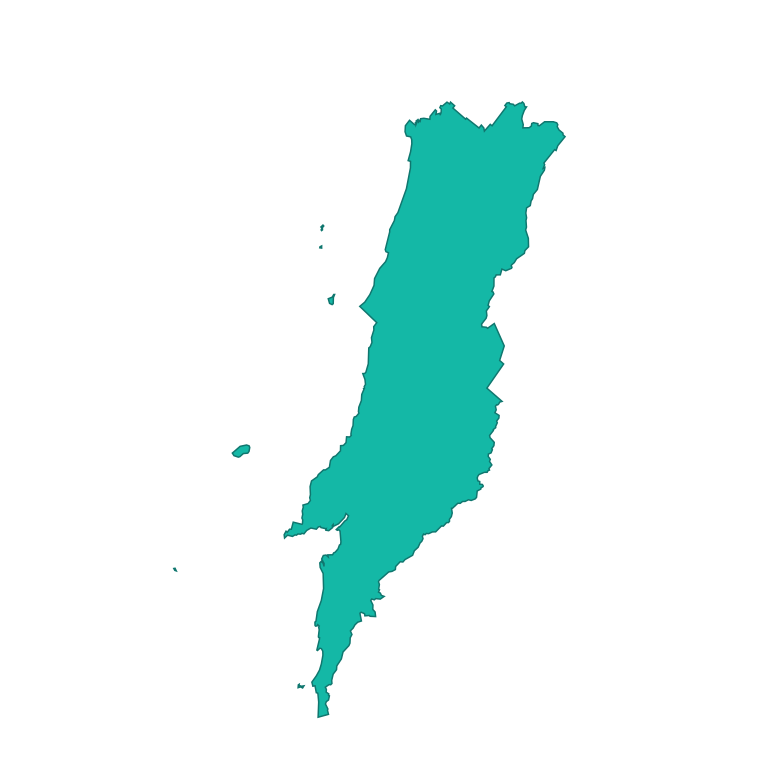 the district of Cairns, Queensland, Australia, rotated 214°
{"feature_id": "25037944B34353436415485", "entity_name": "Cairns", "entity_type": "district", "adm_level": 2, "iso_a3": "AUS", "parent_name": "Australia", "parent_adm1": "Queensland", "projection": "equal_earth", "projection_center": [145.798, -17.106], "detail": "fine", "context": "isolated", "style": "filled", "palette": "teal", "viewbox_px": 768, "rotation_deg": 214, "n_neighbors": 0, "source": "geoboundaries", "source_scale": "gbopen_adm2", "svg_char_len": 6136}
<svg xmlns="http://www.w3.org/2000/svg" viewBox="0 0 768 768"><g transform="rotate(214 384 384)"><path d="M248.4,371.6L249.7,372.6L249.3,377.2L253.2,378.8L253.8,381.0L257.1,382.2L258.3,384.3L256.7,386.8L257.4,390.1L258.5,390.7L258.4,394.3L260.0,397.3L266.1,398.8L267.7,400.4L267.3,406.6L267.9,407.3L267.0,410.3L267.7,411.2L268.4,415.2L269.9,416.2L269.7,420.0L271.0,422.3L276.0,422.2L276.5,425.3L279.2,427.9L279.0,429.9L278.1,430.2L277.8,431.4L277.9,433.8L276.4,435.6L296.4,438.1L296.0,467.5L301.3,468.2L305.6,482.8L326.4,495.8L329.3,488.1L330.8,488.3L334.8,486.2L336.6,488.3L336.1,495.7L337.0,498.3L340.0,501.8L339.9,507.1L341.7,507.4L343.2,511.8L343.3,520.1L345.1,521.3L346.3,521.0L347.6,526.6L352.1,533.4L351.6,535.2L352.0,537.2L348.6,539.5L350.5,545.2L346.4,546.0L343.0,551.2L343.2,552.4L344.6,553.0L344.8,554.3L343.9,557.5L344.1,562.0L340.7,570.8L341.8,573.4L340.9,578.6L345.8,585.5L352.7,590.9L353.6,593.7L357.7,598.9L358.7,601.5L362.0,605.0L364.3,609.8L362.5,613.7L364.4,618.0L364.5,620.7L366.2,624.7L365.6,631.0L370.5,643.6L370.6,650.9L371.7,653.4L372.6,651.8L373.4,655.6L375.0,656.6L373.6,673.7L371.9,673.8L373.2,678.8L372.2,690.3L374.8,690.6L375.9,692.0L381.0,692.5L384.3,694.2L385.0,696.2L386.9,697.1L390.3,696.1L397.5,691.2L399.6,685.0L400.9,684.4L402.0,685.9L406.2,684.2L407.2,682.6L406.1,680.2L407.0,677.6L412.1,674.0L413.6,676.9L418.0,680.7L419.4,683.9L420.7,689.3L420.8,693.4L422.3,692.6L424.9,694.8L427.0,695.2L427.3,693.6L428.6,692.7L431.2,687.7L433.2,688.2L436.4,686.7L437.6,687.3L439.3,685.6L439.5,682.4L437.6,682.2L438.8,658.5L441.1,658.7L442.2,649.8L444.4,652.1L448.1,653.1L448.4,649.4L464.3,650.6L464.4,649.2L481.2,651.3L481.0,654.2L486.5,654.9L486.1,652.9L489.4,652.9L491.0,647.2L492.6,646.5L492.2,644.3L490.3,644.0L488.5,641.1L487.8,638.2L489.0,639.8L491.7,636.5L493.1,639.7L494.8,640.0L495.5,631.7L494.0,629.1L499.5,626.6L502.0,624.4L500.8,621.8L501.8,621.6L501.8,620.4L502.5,620.8L502.0,622.4L503.6,622.1L503.0,620.4L503.7,620.3L504.0,621.3L504.4,620.2L503.8,619.9L504.0,618.3L502.9,618.7L502.5,616.6L503.1,617.3L503.8,616.1L510.3,616.9L510.7,610.1L507.6,604.9L504.0,602.2L500.1,603.8L497.7,602.1L495.3,598.8L491.8,591.3L488.9,582.7L486.5,583.4L482.9,577.9L474.6,558.4L468.3,533.8L468.4,528.9L466.8,525.3L465.6,515.2L464.3,513.2L458.1,496.1L456.4,494.8L453.7,495.3L451.9,490.7L451.1,486.3L452.2,477.5L450.8,466.2L447.4,460.2L445.7,450.2L445.7,441.1L447.5,434.8L424.3,430.8L424.6,425.8L422.6,423.1L420.3,415.4L417.2,411.7L416.3,407.2L416.8,405.4L408.3,391.9L405.6,383.6L405.9,381.9L407.4,380.8L402.3,377.1L399.1,373.3L399.0,370.9L397.8,369.5L398.3,368.8L397.7,368.5L396.6,362.9L393.5,357.6L391.9,350.7L389.7,346.7L388.5,345.8L388.9,341.6L390.2,340.0L389.6,337.5L386.4,332.2L385.5,328.4L383.4,323.9L382.4,323.1L382.8,320.9L385.5,319.3L382.7,314.2L383.3,310.4L385.5,308.6L382.7,304.2L383.8,297.5L385.3,295.3L385.6,290.7L382.7,284.4L384.5,280.0L386.1,279.0L387.8,272.2L387.4,269.7L389.9,263.1L387.9,257.6L383.1,251.1L382.0,248.2L379.9,246.3L380.1,242.4L383.5,238.3L382.0,236.6L380.8,233.0L378.5,230.5L377.1,227.0L375.4,225.9L373.5,222.6L373.5,221.8L382.0,218.7L379.6,211.8L381.1,210.8L381.3,207.0L382.9,207.2L382.5,203.2L380.3,200.7L379.4,204.7L374.6,206.5L373.5,209.0L372.0,209.8L371.5,211.5L369.0,213.0L368.6,214.3L366.6,215.0L366.2,219.4L364.1,223.7L358.9,225.8L358.5,228.8L357.1,230.3L356.0,229.7L351.1,231.6L350.8,230.2L350.7,231.0L350.4,230.3L347.8,231.5L346.3,236.3L347.7,237.6L347.6,239.2L346.3,237.8L343.5,242.7L342.1,251.2L343.1,255.4L339.7,254.9L339.0,250.7L339.9,248.4L340.8,240.5L341.4,240.6L342.2,236.6L340.9,236.6L340.1,237.8L338.2,237.5L331.4,229.0L330.3,226.7L330.9,225.6L329.9,221.6L330.4,217.3L331.3,215.8L331.1,213.7L335.0,210.9L333.5,209.4L336.4,209.8L338.4,207.9L337.8,204.0L333.3,201.7L331.7,199.2L334.3,201.5L336.7,201.5L336.7,203.0L337.2,199.8L334.3,196.2L328.5,192.9L319.7,180.6L314.9,169.4L312.0,158.0L307.8,149.4L308.1,148.0L306.3,145.4L305.4,145.0L304.2,146.0L304.4,147.4L302.3,147.1L302.2,145.9L300.3,144.0L297.2,138.0L296.5,137.3L295.6,137.7L294.8,136.3L290.9,125.9L290.1,125.9L289.4,129.1L287.9,129.6L285.3,128.2L283.0,125.0L279.4,116.9L277.5,110.8L276.9,104.3L277.1,96.5L274.0,93.7L272.4,95.2L267.5,90.2L266.2,90.7L265.2,89.8L260.3,83.8L252.3,70.9L245.3,79.1L248.4,81.9L248.8,83.2L253.6,86.0L254.2,88.4L253.3,91.0L254.9,95.0L256.0,95.0L256.5,96.2L259.6,96.2L261.0,98.6L263.1,99.8L261.5,104.0L260.0,104.9L259.7,106.6L261.6,109.0L263.9,115.0L263.6,120.6L265.5,123.9L265.6,132.2L268.1,138.9L266.8,147.5L267.3,150.1L270.1,154.7L270.5,158.4L273.8,160.5L273.1,164.3L273.4,168.1L272.6,171.8L270.2,174.9L275.8,180.5L275.3,182.0L271.7,182.7L270.2,181.1L266.7,183.9L265.7,183.6L260.9,186.5L263.9,190.0L267.3,190.9L269.6,194.6L273.9,197.1L273.9,198.9L271.4,199.6L270.8,201.5L266.8,203.6L265.1,208.0L268.0,207.3L270.1,208.6L272.2,208.4L272.7,210.9L273.7,210.9L275.7,215.2L278.0,217.0L278.2,218.6L275.0,230.8L272.6,233.1L270.8,236.5L272.3,239.2L271.2,245.7L268.8,247.0L268.4,250.2L264.5,258.0L265.6,262.7L264.4,267.7L265.2,272.4L264.7,274.6L265.2,277.6L267.0,279.2L267.3,281.7L265.7,282.0L265.3,283.8L263.3,284.9L261.1,288.5L258.5,290.3L257.0,298.4L255.3,299.4L254.6,304.1L253.1,305.1L252.9,306.8L254.1,308.4L254.0,311.7L255.3,315.2L258.5,318.7L257.7,319.4L256.1,326.4L254.1,327.7L253.2,330.5L251.1,332.0L249.2,335.3L246.6,336.2L244.1,339.8L243.9,341.8L246.9,347.4L245.0,351.0L245.5,352.0L244.5,354.4L244.9,355.1L246.3,355.7L248.6,354.5L250.1,356.7L252.0,356.2L254.2,358.2L254.7,360.4L254.6,362.1L251.4,366.9L249.1,368.5L249.3,370.3L248.4,371.6ZM468.4,251.9L471.1,241.9L468.3,240.7L463.9,241.9L462.9,243.1L461.7,247.7L458.3,250.5L458.2,252.6L459.8,256.3L461.2,257.3L463.8,256.6L468.4,251.9ZM477.9,423.5L474.2,420.4L471.4,420.8L471.0,422.2L474.3,427.4L475.0,430.6L475.7,430.1L475.5,427.1L477.9,423.5ZM281.6,89.0L283.4,87.3L285.9,86.6L286.4,87.6L286.8,86.7L285.4,84.2L283.8,86.2L281.5,86.5L281.6,89.0ZM522.5,479.1L522.3,481.3L523.5,481.6L524.1,478.9L522.6,478.7L522.3,476.6L521.5,476.3L521.2,477.4L522.5,479.1ZM451.7,112.9L454.2,114.4L455.1,113.5L453.2,112.5L451.7,112.9ZM512.9,463.6L513.8,462.0L513.4,461.0L511.7,461.8L512.9,463.6Z" fill="#14b8a6" stroke="#0f766e" stroke-width="1.5"/></g></svg>